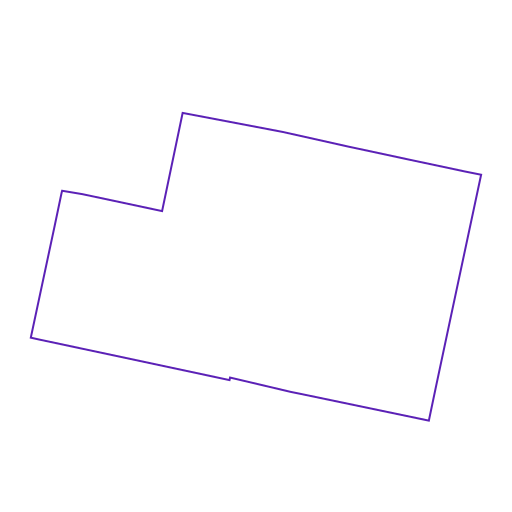 Caddo, Oklahoma, United States of America, rotated 282°
{"feature_id": "52423323B82661835696463", "entity_name": "Caddo", "entity_type": "district", "adm_level": 2, "iso_a3": "USA", "parent_name": "United States of America", "parent_adm1": "Oklahoma", "projection": "mercator", "projection_center": [-98.392, 35.203], "detail": "fine", "context": "isolated", "style": "outline", "palette": "violet", "viewbox_px": 512, "rotation_deg": 282, "n_neighbors": 0, "source": "geoboundaries", "source_scale": "gbopen_adm2", "svg_char_len": 435}
<svg xmlns="http://www.w3.org/2000/svg" viewBox="0 0 512 512"><g transform="rotate(282 256 256)"><path d="M129.3,52.7L129.2,61.7L129.2,103.9L129.1,255.9L131.7,255.9L130.3,318.2L130.4,328.3L130.9,459.3L166.4,459.2L241.8,459.2L382.3,459.3L382.1,442.5L382.1,383.5L382.2,323.3L382.9,256.2L380.7,154.5L283.0,154.8L280.4,154.8L280.4,73.3L279.5,52.8L277.1,52.7L242.3,52.8L129.3,52.7Z" fill="none" stroke="#5b21b6" stroke-width="2"/></g></svg>